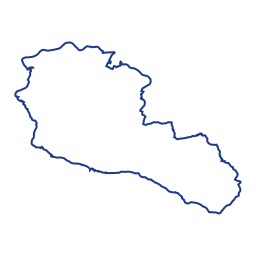 Axente Sever, Sibiu, Romania
{"feature_id": "2599482B14007981056124", "entity_name": "Axente Sever", "entity_type": "district", "adm_level": 2, "iso_a3": "ROU", "parent_name": "Romania", "parent_adm1": "Sibiu", "projection": "robinson", "projection_center": [24.236, 46.068], "detail": "fine", "context": "isolated", "style": "outline", "palette": "blue", "viewbox_px": 256, "rotation_deg": 0, "n_neighbors": 0, "source": "geoboundaries", "source_scale": "gbopen_adm2", "svg_char_len": 5752}
<svg xmlns="http://www.w3.org/2000/svg" viewBox="0 0 256 256"><path d="M240.6,181.9L239.3,181.1L237.1,180.7L235.0,179.7L235.3,178.6L237.2,176.1L237.5,175.1L237.6,173.8L235.7,170.6L234.5,169.7L233.8,169.6L233.1,168.7L232.9,167.2L231.5,166.7L230.9,166.3L230.4,165.8L230.0,164.8L229.0,164.0L228.5,163.0L226.8,162.9L225.1,162.3L224.6,162.1L224.7,161.2L223.2,161.3L221.7,160.9L222.6,160.2L222.5,159.7L221.9,159.2L221.9,158.7L221.1,158.5L220.7,157.2L219.8,156.1L219.8,155.7L220.1,155.1L219.8,154.5L219.5,154.1L219.5,153.4L220.0,152.3L220.0,151.5L218.5,149.5L218.1,148.6L217.9,147.3L217.6,147.1L217.5,146.1L216.9,145.7L216.6,144.7L215.6,144.9L211.3,144.6L210.2,144.3L208.6,143.1L207.8,142.3L207.3,141.2L207.2,140.7L207.4,138.6L206.3,137.3L206.0,136.5L205.0,135.3L202.8,135.6L202.6,135.1L202.2,135.1L202.1,134.6L201.6,134.6L201.6,134.0L200.8,133.7L200.0,133.7L199.8,134.1L199.3,134.2L199.5,133.9L199.2,134.0L198.9,134.4L198.3,134.7L198.2,135.0L197.3,134.8L196.8,135.0L196.9,135.4L196.5,135.4L195.7,135.9L194.1,136.2L192.6,135.9L191.6,136.6L190.1,137.0L188.0,137.3L186.2,137.9L185.4,137.8L184.4,138.2L179.5,138.8L177.5,139.2L176.4,138.8L175.1,137.5L174.2,137.2L174.6,136.7L174.7,136.4L174.4,135.3L174.8,133.7L173.9,131.6L173.0,130.2L173.5,129.8L172.5,128.5L172.7,127.7L172.5,126.5L171.7,125.1L171.7,122.5L168.6,122.2L165.3,123.4L163.7,123.4L162.7,123.7L160.9,123.4L158.6,122.4L153.9,122.2L151.9,123.0L151.3,123.5L148.6,123.9L146.2,124.8L144.7,124.7L143.3,124.2L143.2,124.0L143.9,120.4L144.6,118.2L145.4,116.8L144.3,115.4L143.7,115.1L142.6,114.8L142.2,114.4L142.2,113.0L142.5,111.7L140.4,111.0L140.3,110.1L140.4,109.8L144.5,105.2L144.9,102.7L144.6,101.6L144.6,100.8L143.1,99.7L142.4,98.9L142.2,98.5L141.7,98.6L141.5,99.0L140.8,98.5L141.5,97.4L141.6,96.9L141.6,96.1L141.1,94.8L141.0,94.1L142.2,93.6L142.3,93.1L142.7,92.8L143.0,92.3L143.1,91.8L143.3,91.6L141.3,91.0L142.4,88.6L143.0,88.1L147.2,85.6L148.8,84.8L149.6,84.2L150.6,82.4L150.6,80.0L150.4,79.0L148.3,76.7L147.3,76.1L142.2,74.8L140.2,72.5L138.4,70.8L136.7,69.6L135.1,68.8L133.6,68.2L131.0,68.0L129.9,67.5L129.0,66.7L128.7,66.0L128.2,65.5L126.8,64.6L125.6,64.3L124.3,64.2L123.3,64.4L123.0,64.7L122.5,64.6L122.1,64.3L121.6,63.4L121.6,62.8L121.2,62.2L120.6,61.7L120.3,62.3L120.2,63.2L120.3,65.7L119.1,65.9L117.4,66.9L117.2,66.7L116.3,67.2L115.3,66.4L114.1,66.0L113.4,67.3L113.1,68.5L112.5,69.1L111.0,68.6L109.2,67.6L109.1,67.4L106.3,66.1L107.8,63.0L110.4,63.2L110.7,61.5L108.9,60.9L111.7,55.3L112.9,54.0L114.5,53.0L114.6,52.8L114.3,52.2L106.7,52.5L102.9,52.9L103.0,52.2L103.2,51.9L103.1,51.4L101.9,50.9L101.2,50.1L100.6,49.7L98.6,47.4L97.9,47.0L95.9,46.6L95.4,46.9L94.2,47.2L92.7,47.0L91.7,47.2L90.5,46.6L89.6,46.7L87.2,46.2L86.1,46.8L84.3,48.1L84.1,48.6L83.4,49.3L80.8,50.2L79.4,50.2L78.6,49.8L77.2,48.1L74.8,45.9L73.4,44.2L72.3,43.3L70.4,42.5L68.5,42.5L66.8,42.8L65.0,43.4L60.4,47.8L58.6,48.6L55.0,49.5L48.6,50.6L47.0,50.6L43.8,49.8L42.6,49.9L41.8,50.2L39.8,51.7L38.2,53.8L37.2,54.7L35.6,55.6L33.8,56.4L32.0,56.9L28.9,57.3L26.5,57.3L24.3,57.8L22.7,58.7L22.2,59.3L22.0,60.0L22.1,60.7L23.9,64.7L24.7,65.9L26.1,67.1L27.5,69.5L29.1,69.5L29.1,68.4L29.4,67.7L29.8,67.5L32.8,67.4L33.0,67.7L30.7,68.0L30.1,68.5L31.0,70.4L31.0,70.9L30.9,71.4L30.2,72.0L30.0,72.4L30.0,72.9L30.3,73.9L30.0,75.4L27.8,79.8L28.3,80.2L28.9,81.8L28.7,83.0L28.1,83.9L27.3,86.3L26.2,87.4L25.2,88.1L21.5,89.7L19.6,90.6L17.5,91.0L16.6,92.1L15.8,92.7L15.5,93.6L15.4,95.5L15.8,96.2L18.2,97.0L17.2,97.6L17.6,98.2L17.8,99.1L19.2,100.4L21.0,101.3L21.4,100.6L22.5,101.5L23.0,101.4L24.1,102.3L24.0,102.6L23.2,103.4L23.2,104.0L23.7,104.6L24.7,105.0L25.2,105.5L25.1,106.4L26.2,108.5L26.6,108.7L27.6,108.9L27.7,109.1L27.4,109.8L29.4,113.4L29.5,114.2L30.2,115.8L30.1,116.6L31.6,117.9L31.9,119.5L33.6,120.5L34.8,120.5L35.5,120.8L36.7,122.9L36.1,124.7L36.6,125.5L36.6,126.4L36.5,127.5L34.8,130.8L33.9,133.3L34.0,134.1L33.7,137.8L32.3,139.4L31.9,140.2L31.9,141.2L31.5,142.8L32.0,144.5L32.7,144.7L33.3,145.6L34.8,146.1L35.9,147.3L39.1,147.5L40.9,148.1L41.2,147.8L41.1,147.3L41.6,146.8L42.9,147.8L43.2,148.8L43.7,149.4L46.2,150.2L49.1,153.0L52.0,155.3L51.0,156.1L51.3,156.6L52.9,156.7L57.6,157.7L60.0,157.4L62.9,157.9L64.8,158.6L65.3,159.4L65.9,159.6L67.2,160.7L68.5,161.0L70.7,162.6L72.3,163.2L73.2,163.4L74.5,163.4L75.1,163.6L77.7,163.6L80.1,164.0L80.9,164.3L81.5,164.9L82.1,165.0L83.1,164.8L83.6,165.3L86.1,165.9L88.9,167.8L90.0,169.0L90.0,170.0L90.7,169.2L92.0,168.4L92.8,168.8L93.7,169.8L93.8,170.1L93.7,170.1L94.0,170.3L94.4,170.8L94.9,170.0L95.9,170.8L98.2,171.0L98.3,171.5L99.2,171.5L101.0,171.8L103.0,172.7L104.4,172.6L105.2,173.0L105.8,172.7L105.8,173.1L114.1,173.0L119.5,172.7L120.8,171.8L121.4,171.7L124.6,171.9L128.0,171.6L131.5,172.1L135.8,173.5L138.2,173.1L138.8,173.5L140.2,175.9L140.8,176.4L142.5,177.1L144.2,177.3L145.3,177.2L146.1,177.8L146.3,178.1L147.1,178.4L148.3,179.5L149.7,179.4L151.3,179.6L151.6,180.2L152.3,180.4L152.7,181.0L153.8,181.4L154.6,182.3L155.4,182.7L155.9,182.7L158.0,183.7L160.4,185.1L160.6,185.6L162.0,186.6L163.9,187.3L164.3,187.7L165.2,187.9L166.5,188.7L166.8,189.5L168.5,190.8L169.0,191.4L170.9,192.0L171.6,191.9L172.0,192.2L174.1,192.5L175.1,192.5L175.5,192.2L176.1,192.7L178.1,193.2L178.6,194.0L182.1,196.9L182.2,197.9L182.0,198.2L183.7,199.8L184.0,199.8L184.2,200.3L184.1,200.5L185.3,202.7L187.7,203.6L189.8,202.9L190.5,202.3L191.7,202.2L197.2,203.1L200.9,204.8L202.4,205.9L202.7,206.4L203.8,206.6L205.7,207.6L207.1,208.9L208.9,212.0L210.2,212.3L211.7,212.1L213.0,212.4L216.0,212.4L218.8,213.5L220.4,213.0L221.3,211.4L222.2,210.6L223.9,208.4L225.8,206.3L227.3,205.4L229.9,204.7L233.3,200.3L234.1,199.8L235.1,197.9L235.7,197.2L238.8,195.6L238.7,193.4L238.9,192.6L239.8,191.6L240.2,190.8L240.4,189.7L239.7,187.3L238.3,184.8L238.3,184.5L240.3,182.7L240.6,181.9Z" fill="none" stroke="#1e3a8a" stroke-width="2"/></svg>